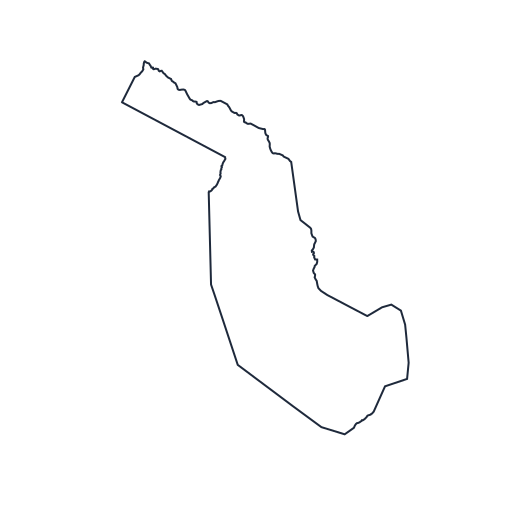 the district of Nawae District, Morobe, Papua New Guinea, rotated 208°
{"feature_id": "67681753B35920767491550", "entity_name": "Nawae District", "entity_type": "district", "adm_level": 2, "iso_a3": "PNG", "parent_name": "Papua New Guinea", "parent_adm1": "Morobe", "projection": "equal_earth", "projection_center": [147.161, -6.504], "detail": "fine", "context": "isolated", "style": "outline", "palette": "slate", "viewbox_px": 512, "rotation_deg": 208, "n_neighbors": 0, "source": "geoboundaries", "source_scale": "gbopen_adm2", "svg_char_len": 3426}
<svg xmlns="http://www.w3.org/2000/svg" viewBox="0 0 512 512"><g transform="rotate(208 256 256)"><path d="M282.3,209.7L274.0,201.9L255.0,183.8L221.0,151.3L196.5,147.5L186.8,146.0L153.4,140.8L117.9,135.6L94.0,140.2L88.9,150.3L89.1,152.7L88.9,154.5L88.4,155.8L87.3,156.7L86.4,157.9L86.0,158.9L85.3,159.9L85.4,160.7L84.4,161.3L83.5,163.1L83.0,164.8L82.7,165.9L82.7,166.9L82.5,167.5L81.6,168.5L80.6,169.5L80.3,169.8L80.2,170.5L79.5,171.5L79.3,172.8L79.0,173.7L80.9,201.5L64.9,218.4L71.1,233.4L84.7,254.3L92.1,265.4L102.4,275.8L113.7,276.6L120.6,269.9L129.5,255.3L129.7,255.2L174.7,255.0L182.2,255.7L183.1,256.0L184.0,256.3L185.8,256.9L187.5,258.5L188.6,259.8L189.4,260.8L190.7,262.5L192.4,263.4L194.2,264.7L194.5,266.1L195.2,267.5L197.0,268.1L198.8,269.9L199.1,271.9L199.1,273.7L199.5,274.8L198.7,277.5L199.2,279.6L200.3,281.6L202.2,280.7L204.0,282.1L204.5,283.4L206.1,283.9L206.4,284.4L206.2,285.8L207.0,286.6L208.0,286.6L208.6,286.0L209.3,287.0L208.9,288.9L208.9,290.7L209.5,292.1L210.1,293.7L210.1,295.4L210.2,297.3L211.3,298.8L212.5,299.6L215.1,299.7L216.2,300.6L217.8,302.1L219.0,304.4L220.1,305.8L221.3,306.4L233.6,308.6L239.8,315.1L245.3,322.7L269.1,355.6L270.5,355.8L273.0,357.0L277.6,356.8L278.3,356.8L279.6,357.4L283.4,357.1L285.2,356.2L286.4,356.0L287.3,355.7L287.6,355.6L288.2,355.0L289.0,354.7L289.7,354.7L291.2,355.4L293.0,356.7L293.9,357.5L295.3,359.0L296.2,360.9L296.9,362.1L298.2,363.1L300.1,364.2L300.6,364.7L301.1,365.5L301.3,366.9L301.8,367.6L303.6,367.6L304.9,368.4L305.6,369.1L307.3,371.7L307.7,372.0L308.3,372.0L309.3,371.4L313.6,370.3L314.7,370.3L318.7,370.4L322.9,370.4L323.5,370.0L325.1,368.9L325.7,368.8L326.8,368.8L327.9,369.1L328.3,368.8L329.4,368.8L329.9,369.3L330.4,370.6L330.9,371.4L332.4,372.8L333.4,373.5L334.7,373.8L335.3,373.5L336.0,372.7L336.9,372.1L338.9,372.2L340.0,373.0L340.8,373.0L341.9,372.3L342.9,372.2L345.3,372.3L346.4,372.7L349.5,374.8L351.4,375.6L352.5,376.4L360.0,376.4L361.6,375.5L362.6,374.6L364.5,372.5L365.7,372.0L366.1,371.6L367.3,370.0L368.6,369.2L369.8,369.2L371.4,370.0L372.0,369.8L372.6,369.0L374.3,366.3L374.7,365.0L377.2,362.6L378.8,362.5L380.0,363.0L380.7,364.1L381.5,364.1L383.5,363.2L384.6,363.2L385.2,363.5L387.3,363.3L388.3,363.7L392.6,366.4L396.0,368.9L396.7,369.2L398.1,369.0L399.6,368.1L401.3,366.8L402.2,366.5L402.9,366.5L403.7,366.8L403.8,366.9L404.8,368.2L407.1,369.9L408.2,370.7L410.2,370.7L410.7,371.0L412.0,371.0L412.7,371.2L414.1,372.4L417.5,372.3L420.1,373.0L421.7,373.8L423.5,374.0L426.2,375.3L426.8,374.9L427.7,373.8L428.8,373.9L430.1,375.0L430.8,374.9L432.6,374.3L433.5,373.3L434.2,372.8L434.9,373.0L435.4,374.0L435.6,374.0L436.3,373.4L436.8,373.2L437.5,373.7L438.6,374.6L439.5,374.9L440.8,375.8L441.4,375.7L443.5,375.3L445.1,375.7L445.7,375.6L445.8,374.7L445.4,373.1L444.8,371.9L444.2,369.3L443.1,367.9L443.2,365.7L443.8,363.7L444.1,361.7L444.6,360.4L445.6,359.1L447.1,357.2L446.5,328.9L446.3,328.8L329.7,328.8L329.3,328.1L328.6,327.4L328.7,325.5L328.7,324.7L328.9,323.3L328.7,321.6L328.3,320.1L328.7,319.1L327.8,318.4L327.8,317.1L327.2,316.1L327.4,315.1L327.0,314.1L326.8,313.3L326.1,312.5L325.8,310.7L325.5,310.6L325.2,310.2L324.6,309.9L324.3,308.5L324.3,307.4L324.4,305.2L324.2,304.4L324.3,303.3L324.1,302.8L324.1,301.8L324.0,300.7L324.2,299.5L324.3,298.3L325.3,296.9L325.4,295.6L326.0,294.9L325.9,294.2L325.9,293.7L326.1,292.8L326.5,292.0L327.2,291.0L327.7,291.0L327.7,290.1L282.3,209.7Z" fill="none" stroke="#1e293b" stroke-width="2"/></g></svg>